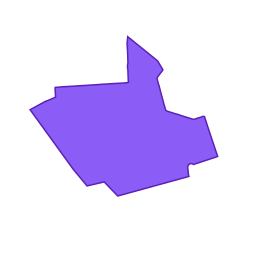 Port Fuad, Bur Sa`id, Egypt (orthographic projection), rotated 129°
{"feature_id": "37247803B75399963690534", "entity_name": "Port Fuad", "entity_type": "district", "adm_level": 2, "iso_a3": "EGY", "parent_name": "Egypt", "parent_adm1": "Bur Sa`id", "projection": "orthographic", "projection_center": [32.32, 31.235], "detail": "fine", "context": "isolated", "style": "filled", "palette": "violet", "viewbox_px": 256, "rotation_deg": 129, "n_neighbors": 0, "source": "geoboundaries", "source_scale": "gbopen_adm2", "svg_char_len": 1663}
<svg xmlns="http://www.w3.org/2000/svg" viewBox="0 0 256 256"><g transform="rotate(129 128 128)"><path d="M60.8,137.5L60.4,138.6L57.2,147.2L57.2,185.7L63.5,181.5L64.1,180.9L64.1,180.6L64.3,180.1L64.7,179.9L65.2,179.9L67.7,177.5L77.3,169.1L79.3,168.0L81.1,166.6L81.4,166.4L81.7,166.2L82.1,165.4L90.9,157.7L92.1,156.4L93.6,157.5L93.9,157.8L95.3,159.2L95.5,159.4L95.7,159.6L99.3,163.6L101.2,165.7L103.1,167.8L105.4,170.3L107.0,172.0L109.1,174.3L110.4,175.8L111.7,177.1L113.0,178.5L116.2,181.9L117.9,183.8L120.9,187.0L126.3,193.0L129.0,195.8L134.8,202.2L137.0,204.6L141.5,209.3L142.3,210.1L144.2,208.7L145.8,207.2L147.0,206.0L149.7,203.7L154.6,206.3L158.0,208.1L158.8,208.8L159.2,208.9L159.6,209.0L160.3,209.4L175.4,215.6L194.5,144.8L198.8,123.4L184.9,112.6L187.3,93.2L127.3,50.2L127.2,50.4L127.1,50.5L126.7,51.0L126.3,51.5L126.2,51.6L126.0,51.8L125.9,52.0L120.8,57.0L120.6,57.1L119.9,57.5L119.4,57.6L119.0,57.8L118.0,57.7L117.1,57.4L116.3,57.0L116.1,56.6L115.8,56.3L115.5,55.9L115.4,55.6L115.3,55.4L115.2,54.7L115.1,54.4L115.1,54.0L113.6,53.2L112.1,52.2L107.0,48.9L101.7,45.5L99.2,43.9L95.7,41.6L94.7,41.1L93.7,40.4L86.3,52.0L81.9,58.9L75.5,68.9L74.6,70.2L71.1,75.6L71.1,75.9L71.2,76.3L71.4,76.7L72.0,77.2L72.4,77.4L72.8,77.6L73.4,78.0L74.0,78.4L74.3,78.6L74.6,78.8L78.2,81.2L80.0,82.3L80.7,84.1L85.0,94.8L85.9,97.4L87.7,101.6L89.1,105.2L90.2,108.0L90.4,108.5L90.4,109.1L90.3,109.9L90.1,110.3L90.0,110.6L89.0,111.9L87.5,114.2L83.6,119.5L79.9,124.7L77.4,128.0L75.8,130.2L74.6,132.0L73.5,133.6L71.9,135.8L71.7,136.1L71.4,136.5L71.1,136.7L70.6,136.9L69.7,137.1L69.4,137.1L61.4,137.4L60.9,137.5L60.8,137.5Z" fill="#8b5cf6" stroke="#5b21b6" stroke-width="1.5"/></g></svg>